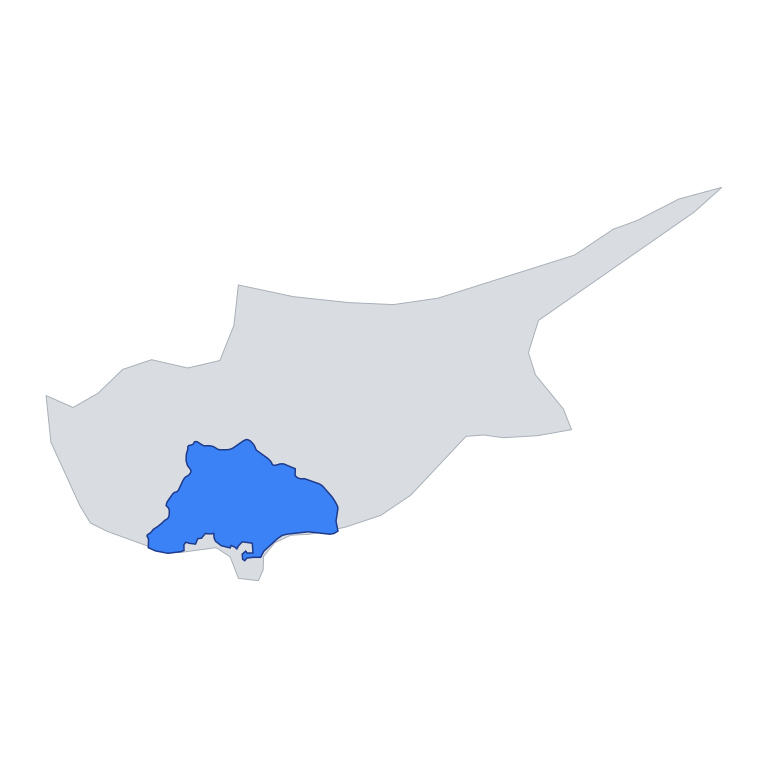 Cyprus, with Limassol highlighted
{"feature_id": "CYP-3489", "entity_name": "Limassol", "entity_type": "District", "adm_level": 1, "iso_a3": "CYP", "parent_name": "Cyprus", "parent_adm1": "", "projection": "robinson", "projection_center": [32.895, 34.793], "detail": "fine", "context": "in_parent", "style": "filled", "palette": "blue", "viewbox_px": 768, "rotation_deg": 0, "n_neighbors": 0, "source": "natural_earth", "source_scale": "10m", "svg_char_len": 2612}
<svg xmlns="http://www.w3.org/2000/svg" viewBox="0 0 768 768"><path d="M563.4,409.0L571.5,429.6L537.3,435.7L503.1,437.7L484.0,435.0L466.1,436.3L410.7,495.2L380.8,515.3L345.2,527.2L309.0,534.3L290.8,535.2L274.8,542.7L263.5,556.4L263.2,569.7L258.4,580.7L238.5,578.4L230.2,556.9L216.1,547.6L180.9,552.4L163.7,551.9L107.3,531.4L90.4,523.0L79.8,505.5L50.9,442.2L46.1,395.6L73.1,407.5L98.3,393.0L122.7,369.4L151.6,359.7L169.7,363.9L187.6,368.0L219.9,360.5L233.9,325.4L238.4,285.0L293.0,296.6L348.3,302.6L393.5,304.6L438.2,298.1L574.7,255.0L613.2,229.2L637.1,220.5L678.6,199.1L721.9,187.3L694.3,212.0L538.5,320.4L528.4,352.6L535.5,374.9L557.6,401.9L563.4,409.0Z" fill="#d9dde1" stroke="#a8b0b8" stroke-width="1"/><path d="M208.2,533.8L206.6,533.7L205.6,533.3L204.1,534.9L202.7,536.7L201.7,538.1L197.7,538.7L195.5,544.1L189.4,543.3L185.9,542.2L183.9,544.7L184.0,550.5L180.6,551.7L168.0,553.3L155.5,550.9L148.3,547.7L148.5,540.1L148.3,538.7L147.9,537.6L147.2,536.6L147.0,535.7L147.4,534.8L149.4,533.5L151.2,532.1L153.4,529.3L158.6,525.9L159.9,524.7L162.0,523.0L164.5,520.5L167.6,518.7L168.5,517.2L169.2,515.0L169.3,510.5L168.7,508.5L167.8,507.1L166.8,506.4L166.2,505.7L166.4,504.0L167.3,501.6L172.3,494.5L173.7,492.9L174.8,492.3L176.1,492.0L177.2,491.6L178.6,489.8L182.9,480.6L184.6,477.9L186.3,476.5L187.6,475.9L188.9,474.9L190.4,473.1L190.9,471.6L190.8,470.0L187.4,465.4L186.1,460.6L186.2,455.6L186.4,454.2L186.7,452.8L187.6,450.3L187.8,449.0L187.8,447.8L187.9,446.7L188.5,445.7L189.6,445.3L191.0,445.1L192.2,444.7L193.2,444.0L194.5,441.9L195.7,441.5L197.5,441.9L201.9,444.8L203.6,445.6L205.2,445.9L207.7,445.7L209.7,445.8L211.7,446.1L213.6,446.7L217.5,449.1L219.3,449.7L221.3,449.8L227.8,449.7L230.4,449.2L232.9,448.1L243.4,440.8L245.6,439.8L247.0,439.5L248.8,440.1L250.8,441.3L253.7,444.6L254.8,446.6L255.5,448.3L255.9,449.3L256.2,449.9L256.8,450.5L267.8,458.4L270.2,460.8L271.6,462.7L272.0,464.0L272.9,464.9L274.6,465.4L277.8,464.7L279.6,464.0L282.2,463.8L284.0,464.0L295.3,468.8L295.1,475.5L297.1,477.5L299.5,478.5L300.7,478.8L304.1,478.7L304.9,478.8L319.3,483.9L321.5,485.2L322.9,486.4L332.1,496.9L335.2,501.7L337.3,505.8L337.8,507.2L337.9,508.6L336.1,520.4L336.1,521.8L337.8,530.2L338.0,531.0L334.2,533.4L329.9,534.2L308.2,531.8L286.7,534.2L282.0,535.5L277.8,538.4L263.8,551.2L260.7,557.3L253.2,557.3L246.9,558.1L244.8,560.7L242.7,559.3L242.2,554.2L245.7,551.1L247.1,553.0L253.0,553.0L252.3,543.2L242.4,541.8L238.7,545.5L236.8,548.9L234.9,547.1L231.1,545.5L230.1,547.9L221.3,545.7L215.6,541.3L214.1,538.1L213.8,533.4L212.0,533.8L209.7,533.8L208.2,533.8Z" fill="#3b82f6" stroke="#1e3a8a" stroke-width="1.5"/></svg>